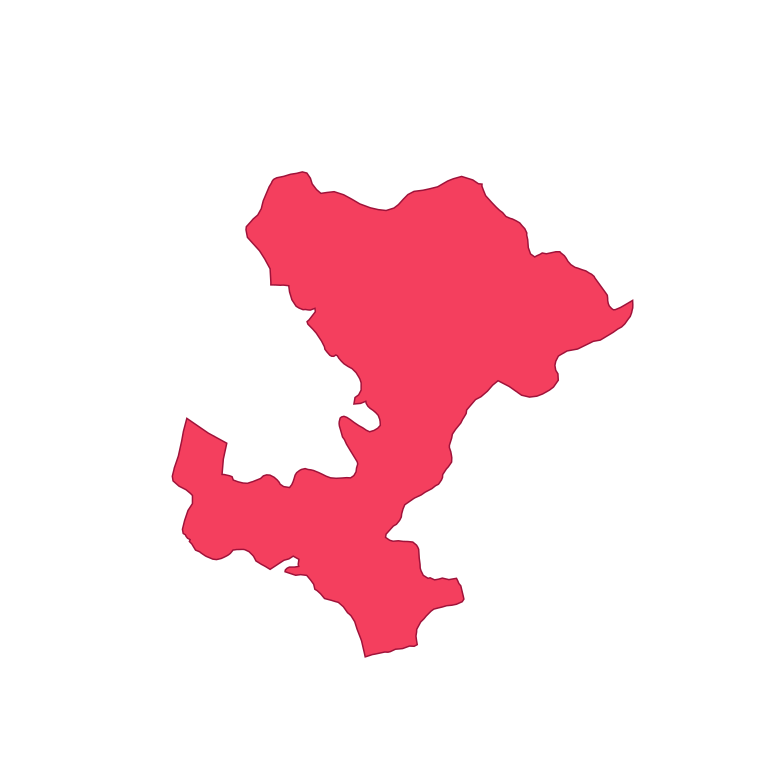 Qalyub, Al Qalyubiyah, Egypt, rotated 54°
{"feature_id": "37247803B25886032732937", "entity_name": "Qalyub", "entity_type": "district", "adm_level": 2, "iso_a3": "EGY", "parent_name": "Egypt", "parent_adm1": "Al Qalyubiyah", "projection": "natural_earth1", "projection_center": [31.243, 30.207], "detail": "fine", "context": "isolated", "style": "filled", "palette": "rose", "viewbox_px": 768, "rotation_deg": 54, "n_neighbors": 0, "source": "geoboundaries", "source_scale": "gbopen_adm2", "svg_char_len": 5990}
<svg xmlns="http://www.w3.org/2000/svg" viewBox="0 0 768 768"><g transform="rotate(54 384 384)"><path d="M583.8,439.6L583.0,441.2L580.4,446.5L575.3,450.9L574.0,454.5L572.2,458.2L567.9,460.6L567.1,462.6L561.9,464.7L556.7,463.8L554.2,462.9L551.0,460.8L545.5,457.8L542.2,455.7L538.1,453.1L535.9,452.6L533.5,452.4L528.8,453.6L525.7,457.0L524.9,458.0L522.7,460.9L519.3,464.5L516.5,469.1L513.8,471.2L509.0,472.9L506.7,470.6L505.2,463.7L504.4,459.9L504.8,456.4L503.5,451.5L501.8,448.2L499.4,446.0L496.3,442.1L493.9,438.2L494.0,433.3L494.1,428.1L494.2,426.1L495.6,419.1L495.7,414.3L496.8,406.8L496.6,402.1L497.1,398.9L496.7,397.5L495.4,393.9L494.0,391.6L491.8,389.8L489.4,383.5L488.8,380.6L486.9,375.2L483.5,372.5L481.6,371.5L478.1,369.8L473.9,368.5L472.0,367.1L467.5,361.0L464.8,358.2L462.8,352.8L460.7,344.8L458.8,341.2L458.0,339.1L456.2,334.9L453.6,332.4L450.4,319.1L451.3,313.0L450.6,304.6L448.8,296.8L448.4,289.8L459.5,284.2L473.9,279.3L480.1,274.0L483.7,267.5L485.3,261.5L486.2,253.7L486.1,248.7L483.4,240.8L480.6,239.0L478.0,237.3L473.8,237.0L469.4,234.8L466.5,231.6L463.9,226.5L464.1,223.8L464.9,216.4L469.5,206.8L471.1,197.7L472.5,189.6L475.6,183.2L476.2,176.2L476.9,168.2L476.9,162.8L477.5,158.2L476.9,153.8L475.1,148.5L474.1,145.1L471.9,141.8L470.0,139.7L468.7,138.1L466.1,136.1L462.5,133.7L461.5,144.1L461.1,147.7L459.8,153.2L458.8,154.8L456.7,155.5L453.3,155.9L450.8,155.3L448.0,154.0L446.0,152.6L443.5,151.2L440.5,151.1L430.5,151.1L422.4,151.1L420.4,150.8L417.1,151.6L415.0,152.7L411.2,154.2L408.1,156.5L404.2,159.1L401.9,160.9L397.2,162.7L392.9,163.1L389.2,162.7L386.2,162.7L381.7,163.9L380.4,164.0L378.0,167.3L374.1,176.1L371.0,179.0L370.8,181.6L370.1,184.9L369.8,187.4L364.9,189.0L358.5,187.1L351.7,182.9L347.3,181.0L345.8,179.7L341.1,178.8L336.9,179.3L333.4,179.5L329.6,181.2L326.0,183.1L324.1,184.6L320.2,186.9L315.0,187.3L311.5,188.4L306.8,189.3L300.9,190.1L291.4,191.1L285.7,189.7L281.5,188.5L279.9,187.2L277.5,189.9L271.1,192.2L261.7,199.2L258.7,207.3L257.2,213.2L256.0,224.7L252.8,232.6L250.2,238.5L245.8,246.5L244.8,253.3L245.8,259.5L247.3,266.6L247.4,267.7L247.5,272.5L244.9,280.3L239.6,286.1L233.4,291.5L224.1,297.7L215.8,301.3L207.2,305.4L199.1,311.3L195.5,317.6L192.7,323.0L187.1,324.3L179.9,324.5L174.3,322.6L168.0,322.4L164.4,325.4L162.2,330.9L159.4,336.3L157.1,343.0L154.1,349.6L153.6,352.6L153.8,354.0L154.4,355.6L155.2,356.8L157.0,361.1L157.8,362.4L164.8,374.0L166.7,376.3L170.1,380.3L170.9,382.1L173.1,386.8L173.6,392.9L174.3,395.8L175.8,402.9L178.1,405.0L180.2,406.0L185.1,408.3L192.8,407.5L202.0,406.5L203.2,406.4L213.1,407.0L215.0,407.3L222.1,408.2L223.8,408.4L235.3,415.8L237.3,417.3L240.1,413.6L243.4,409.5L243.6,409.1L243.8,408.8L244.9,407.2L248.5,403.3L254.0,406.3L261.7,409.0L269.4,409.4L272.6,408.1L276.3,405.8L277.5,403.8L279.4,401.9L280.9,400.1L282.2,395.4L283.3,396.0L285.2,397.1L287.6,405.3L288.1,407.1L288.3,409.6L290.8,410.4L297.5,409.4L303.0,408.9L312.5,409.3L318.8,410.3L321.2,411.4L324.8,411.3L329.0,410.9L330.8,410.0L332.1,408.3L332.2,405.9L333.8,405.1L336.4,405.4L340.4,405.1L344.1,404.5L348.6,402.8L352.8,400.8L358.4,399.9L363.8,400.3L365.9,400.6L369.6,401.8L375.5,406.1L377.9,410.9L377.9,415.4L382.5,420.1L385.9,414.4L387.3,408.9L389.2,409.8L392.6,410.1L395.7,409.5L398.7,408.4L402.4,407.5L405.9,407.1L410.0,408.2L412.1,409.2L415.3,411.3L416.1,415.1L415.7,419.4L414.2,423.7L411.0,425.5L407.0,426.9L403.0,428.8L397.6,430.8L393.0,432.2L389.1,433.7L386.6,435.4L385.7,437.7L385.8,439.5L388.2,442.4L389.8,443.7L391.8,444.8L395.5,446.1L402.5,448.7L405.7,448.7L410.6,449.7L417.4,450.3L426.5,451.0L431.2,451.4L432.4,451.9L433.3,452.3L435.8,455.6L438.6,458.2L440.4,462.2L440.3,466.2L437.8,469.3L435.2,473.5L432.2,478.1L428.5,482.4L424.6,485.0L421.1,486.8L417.1,489.0L412.6,491.8L410.6,493.5L408.4,495.8L406.1,497.5L404.6,501.0L404.3,503.2L404.4,506.8L405.5,509.5L407.6,512.2L409.5,514.8L411.3,517.9L411.8,519.9L412.3,521.2L410.3,523.2L408.0,525.5L404.1,526.9L401.7,526.6L398.9,526.8L394.9,527.7L390.7,529.8L388.5,532.4L387.4,535.6L387.9,539.4L385.8,547.7L385.3,549.0L384.1,552.8L381.3,556.2L377.4,559.5L373.1,562.4L369.7,561.4L367.4,562.9L363.2,566.6L362.0,568.2L350.3,558.1L339.5,546.0L320.5,555.0L295.9,563.7L304.4,574.1L311.2,581.2L321.4,592.7L328.8,603.2L329.5,603.9L334.2,609.5L338.4,611.6L346.1,609.9L353.2,606.3L358.7,604.9L361.6,604.5L363.4,605.8L368.2,609.3L371.1,616.9L377.2,625.5L383.1,632.5L386.9,634.3L389.3,633.3L391.0,633.7L392.3,633.6L393.3,633.6L395.9,632.3L397.0,634.0L400.4,633.5L403.7,633.8L407.6,634.1L410.4,632.4L411.6,631.7L412.6,631.5L415.2,630.6L418.2,629.5L419.7,628.7L422.3,627.1L425.0,625.5L427.6,622.7L428.6,620.4L429.5,618.2L430.1,615.3L430.6,612.3L430.8,610.2L430.7,607.9L429.6,603.6L430.3,602.5L431.2,600.7L433.2,597.8L434.2,596.3L435.4,594.7L436.5,593.8L440.4,591.7L443.6,591.2L444.7,591.0L446.7,590.8L450.2,591.3L451.9,591.6L454.8,590.4L457.8,589.2L459.6,588.3L461.9,587.2L467.0,585.1L467.3,579.1L467.5,574.3L467.8,568.5L469.6,563.7L469.9,558.6L471.3,558.0L472.1,557.6L473.2,557.1L474.5,556.5L475.8,555.9L477.9,557.9L479.3,559.3L481.4,560.2L480.6,561.9L479.5,564.0L478.4,565.5L476.5,568.2L476.1,570.5L476.2,571.6L476.5,573.2L477.7,574.4L478.4,573.9L486.8,567.9L489.2,563.5L493.4,559.0L498.1,558.7L499.1,558.6L504.7,558.6L509.4,560.6L511.7,559.6L513.5,559.2L516.4,558.6L522.6,558.2L528.1,553.7L531.2,551.4L533.8,549.3L536.3,548.7L540.3,547.8L547.6,547.9L551.8,546.9L553.7,547.0L559.1,547.4L566.6,549.9L569.6,550.7L576.4,552.5L578.8,553.2L579.7,553.6L585.8,556.2L589.4,557.7L593.7,559.6L594.1,558.5L594.5,557.3L596.1,552.3L597.2,550.1L598.9,546.3L601.3,540.9L603.3,538.4L604.2,536.3L605.3,530.6L607.2,527.5L609.0,524.4L611.0,517.4L613.9,513.8L614.1,512.6L614.4,510.3L610.2,508.2L606.7,506.3L603.7,503.3L602.1,502.1L601.5,501.3L599.5,497.1L598.1,494.2L597.4,489.6L596.5,486.2L595.8,481.9L595.4,479.3L595.4,476.0L597.0,471.9L598.6,468.1L600.2,463.6L602.8,459.2L604.8,454.8L606.1,448.7L605.0,445.8L602.5,444.7L592.4,440.5L589.4,440.7L586.4,440.0L583.8,439.6Z" fill="#f43f5e" stroke="#9f1239" stroke-width="1.5"/></g></svg>